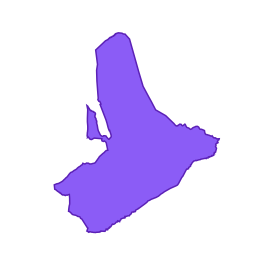 the district of Santiago Yosondúa, Oaxaca, Mexico, rotated 256°
{"feature_id": "50627088B9654355924855", "entity_name": "Santiago Yosondúa", "entity_type": "district", "adm_level": 2, "iso_a3": "MEX", "parent_name": "Mexico", "parent_adm1": "Oaxaca", "projection": "orthographic", "projection_center": [-97.535, 16.847], "detail": "fine", "context": "isolated", "style": "filled", "palette": "violet", "viewbox_px": 256, "rotation_deg": 256, "n_neighbors": 0, "source": "geoboundaries", "source_scale": "gbopen_adm2", "svg_char_len": 5593}
<svg xmlns="http://www.w3.org/2000/svg" viewBox="0 0 256 256"><g transform="rotate(256 128 128)"><path d="M197.1,113.8L191.6,111.5L181.0,109.2L164.1,106.3L162.7,105.6L160.9,106.2L160.7,107.0L158.9,107.4L157.7,107.5L157.6,106.6L141.2,108.6L137.7,108.8L133.2,108.8L130.6,109.0L130.3,109.3L130.0,109.3L130.1,109.6L125.2,109.9L124.0,109.7L123.7,109.6L123.0,108.9L122.3,107.7L121.7,107.0L121.8,106.5L122.2,106.2L123.1,105.8L124.5,105.0L125.3,104.9L125.7,104.4L126.1,103.6L126.4,102.4L126.1,102.0L126.0,101.7L126.0,101.4L126.2,101.0L126.9,100.2L127.8,99.5L132.6,98.5L134.6,98.5L138.0,98.8L140.2,98.7L140.5,98.9L141.0,98.8L141.1,99.0L141.6,99.2L141.8,99.1L142.1,99.3L142.5,99.3L142.8,99.1L143.2,99.2L143.9,99.0L144.5,99.0L145.0,99.2L145.5,98.9L145.9,98.8L146.1,98.8L146.4,98.9L146.5,98.8L146.7,98.5L147.1,98.6L147.7,98.7L148.0,99.0L148.3,99.1L148.7,99.2L148.8,99.5L149.7,99.9L150.4,99.7L150.8,99.7L151.0,99.5L151.2,99.4L151.6,99.0L151.7,98.4L152.5,98.2L152.8,97.6L152.9,97.2L153.1,97.0L153.5,96.8L153.8,96.4L153.8,96.1L154.3,96.1L154.5,95.7L154.7,95.4L156.3,95.1L157.6,94.5L158.2,94.4L158.8,94.3L159.7,93.6L155.7,93.4L147.4,91.0L143.8,90.1L139.5,89.4L136.6,88.7L134.1,87.8L133.5,87.5L130.1,86.4L129.8,86.8L129.1,86.7L128.5,86.4L128.7,87.3L126.2,88.5L125.6,89.9L126.2,92.0L126.3,93.0L123.9,100.0L123.1,99.7L122.5,99.6L121.7,99.7L120.9,100.9L121.1,102.0L119.9,102.9L119.0,103.3L111.3,103.0L111.4,101.4L110.8,100.2L109.9,98.9L109.3,97.4L107.1,93.3L106.2,92.4L105.7,91.8L102.5,88.1L102.2,87.4L102.0,87.2L102.1,84.8L102.0,84.2L102.1,83.3L102.5,81.9L103.4,81.2L103.4,80.6L103.9,79.8L104.0,79.2L103.6,78.2L103.6,77.5L103.8,76.9L104.7,75.7L103.4,74.7L103.3,73.8L102.5,72.4L102.1,70.8L101.3,69.1L100.8,68.5L100.3,67.3L99.9,65.6L98.9,63.3L98.7,61.6L97.5,59.8L95.4,57.3L94.5,55.4L93.8,54.4L93.2,53.2L92.2,51.6L91.4,48.8L91.0,47.1L91.1,45.3L90.7,42.7L86.3,42.1L85.5,43.1L84.5,43.7L84.1,44.1L83.7,44.3L82.6,45.4L82.4,45.5L82.1,45.8L82.0,46.0L81.8,45.9L81.7,46.0L81.6,46.3L81.4,46.3L81.0,46.6L80.8,47.1L79.6,47.5L79.3,48.1L78.8,48.4L78.7,48.6L78.8,49.1L78.7,49.3L78.3,49.8L78.3,50.2L78.0,50.6L77.7,50.7L77.6,50.9L77.6,51.1L77.8,51.5L77.8,52.4L77.5,52.8L77.7,53.5L77.7,54.0L77.5,54.4L77.5,54.7L77.7,54.8L77.7,55.0L74.1,54.4L69.0,53.2L68.3,53.0L66.4,52.0L63.1,50.7L61.5,50.2L61.2,50.9L59.3,52.2L57.6,53.1L56.7,54.6L55.9,56.3L54.9,57.4L54.4,57.8L53.6,59.6L52.7,60.1L51.8,60.1L50.8,61.2L41.2,64.4L40.6,64.9L38.0,63.2L37.9,63.5L36.6,64.4L36.3,64.7L36.3,65.0L36.7,65.2L36.6,66.0L35.8,67.3L35.7,67.9L35.1,69.1L34.7,70.5L34.5,70.9L34.4,71.3L34.5,71.8L34.0,74.5L34.1,75.4L34.3,75.9L34.0,75.9L34.4,76.8L34.2,76.9L34.3,77.5L33.8,78.9L33.8,79.2L33.7,79.3L33.3,80.7L34.5,81.8L34.6,82.2L34.5,82.5L35.1,82.6L34.7,83.2L34.2,83.7L34.5,84.0L35.1,84.2L35.6,85.0L35.4,85.7L35.6,86.0L36.3,86.2L36.2,87.1L36.4,87.4L36.7,87.6L36.9,88.0L37.6,88.7L38.2,89.2L38.5,89.6L38.0,90.7L38.3,91.9L38.6,92.6L39.5,93.8L39.5,94.3L39.4,95.0L39.6,95.3L40.4,95.4L40.5,95.7L39.5,96.6L39.1,97.2L40.2,97.9L40.7,98.8L41.6,99.4L41.7,102.2L41.5,103.1L41.6,103.4L42.3,103.1L43.0,103.7L42.6,104.5L42.8,106.7L42.5,108.1L43.4,109.0L44.0,110.4L45.3,111.2L45.4,112.1L45.1,113.0L45.5,113.4L45.0,114.4L45.2,114.8L45.5,115.2L46.2,115.3L46.4,115.6L46.7,116.5L47.2,118.6L47.5,118.7L47.5,119.2L50.5,126.5L50.8,127.2L51.7,128.9L52.4,129.6L52.5,130.1L52.5,130.7L52.7,131.7L53.2,133.2L53.5,135.8L53.8,137.4L53.7,137.8L54.5,141.1L56.0,144.1L56.5,145.8L57.4,148.0L59.2,154.5L60.3,160.7L60.7,162.2L61.8,163.5L67.0,168.2L67.9,169.5L73.3,174.3L73.7,174.8L73.7,175.1L73.9,175.1L74.0,175.3L73.9,176.0L73.8,176.3L73.9,176.7L73.9,176.9L75.0,177.3L75.2,177.9L75.3,178.2L75.3,178.4L76.1,179.7L77.0,179.7L77.4,180.7L77.9,181.0L78.9,182.1L80.0,183.8L80.0,185.4L80.2,186.1L79.8,186.5L80.0,189.2L79.8,190.3L80.1,191.1L79.9,195.8L79.4,196.4L79.9,197.1L79.5,198.4L80.4,198.9L80.5,199.7L80.4,199.8L80.2,199.8L80.0,200.1L80.4,200.4L80.3,201.2L80.4,201.7L80.3,202.0L80.4,202.7L81.0,202.8L81.0,203.0L80.9,203.2L80.7,204.1L80.8,204.6L81.6,204.8L82.2,205.2L82.1,205.7L83.1,205.7L83.4,205.9L83.4,207.1L85.3,208.1L86.4,208.7L87.0,209.0L88.6,208.4L89.0,208.5L89.5,209.1L91.1,209.2L91.6,210.5L92.4,211.1L91.9,211.6L92.0,211.8L93.2,211.5L94.6,212.8L94.6,213.4L95.5,213.9L95.7,212.7L95.8,212.3L96.0,211.5L96.4,211.2L96.6,210.9L97.1,210.7L97.3,210.4L97.3,209.9L97.7,209.3L97.8,208.8L98.0,208.6L100.1,207.7L99.9,207.1L100.0,206.7L101.3,205.0L101.9,203.9L102.5,203.0L102.9,202.0L103.6,201.6L104.6,201.4L106.4,201.5L106.9,201.6L107.2,201.4L108.3,200.0L108.9,199.1L109.1,198.7L109.1,198.3L109.4,197.6L110.4,197.1L111.2,197.0L111.9,196.7L112.8,195.8L113.0,195.0L113.1,193.8L112.9,193.5L112.9,193.2L112.8,192.9L112.8,192.2L112.4,190.6L111.7,189.6L111.6,188.2L113.2,187.0L114.3,185.3L114.6,185.1L115.5,184.8L117.1,184.5L117.8,184.3L118.0,184.1L117.1,182.2L117.0,181.5L117.1,181.2L117.4,181.0L118.4,180.5L118.6,180.5L119.2,179.3L119.2,179.1L118.7,178.0L118.5,177.2L118.3,177.1L118.1,176.8L118.2,176.4L118.2,175.9L118.4,175.3L118.6,175.1L119.3,174.6L120.1,174.1L121.3,173.6L121.7,173.3L130.8,167.6L138.9,159.2L147.7,157.1L152.9,155.7L164.8,152.7L179.8,152.0L213.9,151.0L219.9,147.8L220.0,147.0L220.6,145.9L221.3,145.3L221.7,144.4L222.7,141.6L222.5,138.6L222.0,138.0L221.9,138.1L221.8,137.7L221.4,137.5L221.5,137.4L221.3,137.2L221.2,137.0L221.3,136.8L221.2,136.5L220.8,136.4L220.6,136.1L220.7,135.7L220.8,135.2L220.5,134.9L220.4,134.6L220.5,134.4L220.2,134.2L220.0,133.7L220.3,133.2L220.0,132.9L219.9,132.5L220.1,132.2L219.7,131.8L219.6,131.3L219.4,131.2L219.2,130.6L218.8,130.0L218.6,129.9L218.6,129.4L218.3,128.3L218.1,127.3L211.5,115.5L197.1,113.8Z" fill="#8b5cf6" stroke="#5b21b6" stroke-width="1.5"/></g></svg>